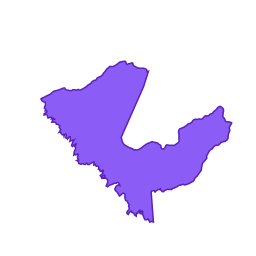 Juvenília, Minas Gerais, Brazil, rotated 215°
{"feature_id": "56859067B33554639840429", "entity_name": "Juvenília", "entity_type": "district", "adm_level": 2, "iso_a3": "BRA", "parent_name": "Brazil", "parent_adm1": "Minas Gerais", "projection": "equal_earth", "projection_center": [-44.1, -14.399], "detail": "fine", "context": "isolated", "style": "filled", "palette": "violet", "viewbox_px": 256, "rotation_deg": 215, "n_neighbors": 0, "source": "geoboundaries", "source_scale": "gbopen_adm2", "svg_char_len": 5220}
<svg xmlns="http://www.w3.org/2000/svg" viewBox="0 0 256 256"><g transform="rotate(215 128 128)"><path d="M132.8,78.5L131.7,78.7L130.8,79.5L129.0,78.7L128.6,77.3L127.4,77.8L126.7,76.8L125.6,76.7L124.7,77.8L124.4,79.1L123.4,78.7L123.7,77.0L122.5,76.4L123.1,74.6L123.4,73.0L122.2,72.8L121.0,72.1L121.1,74.4L120.1,76.0L119.0,75.2L119.7,72.4L117.6,74.0L115.9,74.2L114.4,73.2L113.4,71.5L112.7,68.0L111.0,68.1L110.2,70.8L108.9,72.4L107.3,75.1L105.9,76.1L105.3,77.5L104.0,77.8L101.6,76.2L103.3,75.8L103.9,74.8L104.3,72.6L103.7,70.4L102.5,69.5L99.6,69.1L97.5,68.1L96.0,67.4L95.4,68.9L94.9,71.6L93.3,72.2L91.9,71.2L90.9,69.5L88.6,67.4L86.6,67.5L84.3,66.2L83.1,66.0L82.8,64.4L80.9,63.0L80.4,61.4L80.8,59.6L80.5,58.3L79.8,57.3L78.2,57.3L78.4,60.2L77.5,61.8L76.6,61.1L75.6,61.4L73.7,61.2L72.3,60.4L70.6,60.5L71.5,61.8L72.3,63.1L71.0,63.6L71.6,65.4L71.1,67.5L70.3,67.0L70.1,65.6L69.0,64.8L67.9,65.4L69.3,66.7L68.8,68.2L67.4,67.5L66.7,65.6L64.1,64.2L62.8,63.2L61.4,62.6L59.9,63.6L59.4,65.0L57.9,64.4L56.2,63.4L55.0,65.1L53.2,65.5L72.1,88.6L72.5,89.9L71.2,91.2L70.2,91.8L69.1,91.1L68.7,93.1L68.2,94.5L67.2,95.6L66.7,96.7L66.0,95.8L64.7,95.9L63.4,95.5L62.5,96.1L62.2,97.5L61.5,99.0L60.7,100.2L59.3,101.1L57.9,102.0L56.9,102.7L56.9,104.1L55.7,105.2L54.9,107.0L54.1,107.9L53.7,109.8L52.4,111.2L51.4,112.2L50.7,113.5L49.1,113.8L48.2,114.5L47.5,115.6L46.7,116.8L45.9,117.6L45.5,119.0L44.8,120.1L44.1,121.8L43.9,123.4L44.4,124.9L44.2,126.7L43.8,128.1L43.8,129.7L43.8,131.2L43.9,132.6L43.7,133.8L43.7,135.2L44.4,136.6L45.3,138.4L46.2,140.5L46.8,142.1L46.5,143.7L46.3,145.3L46.3,146.8L46.0,148.2L46.8,149.2L47.7,150.5L47.8,152.5L48.0,153.7L48.1,155.1L48.1,156.6L47.7,158.0L47.0,159.4L47.1,161.0L46.8,162.5L46.5,163.8L45.2,164.8L44.1,165.9L43.7,168.0L43.4,169.7L42.5,170.9L41.8,171.8L40.8,172.6L40.4,174.0L40.0,175.1L40.0,176.4L40.6,177.8L41.2,178.6L41.9,179.8L42.5,181.4L42.8,183.1L43.1,184.3L44.0,185.1L45.0,186.1L45.6,187.3L45.6,189.5L46.0,191.7L47.5,191.5L48.5,191.0L49.8,190.4L51.1,189.5L52.2,189.6L53.1,190.2L54.3,191.1L55.8,191.3L57.1,191.9L57.8,193.4L58.6,194.8L59.2,196.1L59.8,197.3L61.1,198.4L62.4,198.7L63.4,198.7L64.8,198.7L66.0,197.2L66.3,195.0L66.4,193.0L66.9,191.9L67.2,190.7L67.2,188.6L68.1,187.3L68.7,186.4L69.0,184.5L70.1,183.1L71.3,182.8L72.1,181.3L72.2,179.4L72.5,177.8L73.4,176.9L74.6,176.5L75.5,175.6L76.4,174.6L78.0,173.7L78.9,172.4L79.1,171.2L79.1,169.3L79.6,167.7L80.8,166.3L81.4,164.5L81.9,162.8L82.5,161.2L83.3,159.7L84.2,158.3L85.1,157.0L85.1,155.0L84.0,153.3L82.5,152.0L81.6,150.6L80.7,149.1L79.7,148.0L78.5,146.6L78.4,144.9L78.9,143.7L79.4,142.2L80.0,140.5L80.8,139.9L81.8,139.3L82.7,138.5L83.7,137.9L84.9,137.2L85.9,136.8L86.8,136.2L86.8,134.7L86.5,133.3L86.7,131.3L88.0,130.4L89.1,130.5L90.0,131.4L90.9,132.3L92.0,132.6L93.1,132.4L94.2,132.5L95.2,132.7L96.1,132.3L97.4,131.8L99.0,131.1L100.5,130.6L101.4,129.1L102.2,127.7L103.1,126.6L103.8,124.9L104.5,123.1L105.1,121.4L105.5,119.7L106.0,118.3L106.5,117.3L107.4,115.8L108.4,114.9L109.5,114.4L110.2,113.6L111.2,113.5L112.5,113.6L113.9,113.2L115.4,112.7L116.7,112.5L118.8,112.4L120.3,112.3L121.7,112.1L123.0,112.7L123.9,113.0L124.8,113.7L125.9,114.4L126.7,115.3L127.8,116.0L128.5,117.4L128.6,119.0L129.0,120.2L139.0,170.9L143.8,186.2L144.6,185.1L145.6,186.1L146.9,186.6L148.4,186.3L149.8,185.8L150.7,185.0L151.6,184.5L152.4,183.9L153.5,183.2L155.0,182.6L156.0,182.6L157.1,182.5L158.1,182.4L159.0,182.1L160.2,182.8L161.4,183.9L162.4,183.5L163.1,182.1L164.4,181.0L165.1,179.6L166.1,179.5L167.0,180.4L168.2,181.0L169.3,180.7L170.2,179.7L171.4,178.4L172.3,177.6L172.9,176.6L173.1,175.1L173.8,173.3L174.4,171.5L175.4,170.1L176.1,169.1L177.2,168.7L178.3,167.9L178.6,166.1L179.2,164.2L179.2,162.4L179.3,160.6L179.5,158.9L179.4,157.2L179.6,155.7L180.0,154.5L181.0,153.2L181.9,151.4L181.8,149.9L182.0,148.4L183.2,147.5L184.0,145.4L184.0,143.6L184.6,142.0L185.3,140.5L185.7,138.7L186.2,137.1L186.7,136.0L187.2,134.8L187.9,133.4L188.6,131.9L189.7,131.2L190.9,131.1L191.8,129.4L193.0,129.1L194.0,128.5L195.1,127.7L195.9,126.1L197.1,125.1L198.3,124.9L199.5,124.1L200.7,123.8L201.9,124.1L202.9,124.5L204.1,123.3L206.2,120.0L207.6,118.2L209.8,115.7L210.3,114.4L211.1,111.0L213.6,106.7L214.2,105.1L215.2,104.0L216.0,101.9L214.8,101.2L213.8,100.9L212.2,100.9L210.9,101.7L208.8,99.7L208.6,97.7L207.8,96.3L206.3,96.3L205.8,94.4L204.2,95.4L203.6,94.1L204.9,91.8L204.3,90.5L202.6,92.3L201.7,92.2L200.4,91.2L199.2,90.3L198.0,92.0L196.6,93.0L196.0,91.4L194.5,93.3L193.2,93.2L194.3,91.4L193.7,89.0L192.6,90.0L191.3,90.9L190.3,90.9L188.9,90.0L187.2,91.0L186.0,90.6L185.1,90.6L184.8,89.1L183.5,88.5L182.2,88.4L182.0,84.9L181.2,86.0L179.5,85.1L177.9,84.7L176.9,85.8L175.7,84.6L176.0,86.3L175.5,87.4L174.0,86.2L173.7,84.1L172.1,84.5L171.1,84.1L171.3,87.0L170.3,87.7L169.7,86.6L168.6,85.5L168.0,83.7L167.0,85.4L166.1,86.4L165.4,87.5L165.3,85.4L164.2,81.2L162.9,81.0L162.5,83.1L161.4,85.2L160.9,84.0L161.4,82.4L160.4,82.1L159.4,81.8L158.4,77.7L156.9,74.7L156.4,76.0L155.4,76.0L154.3,77.9L153.2,77.6L153.1,76.2L152.7,75.1L151.7,74.3L150.1,73.5L151.4,72.0L149.6,72.1L148.1,70.7L147.0,70.9L145.6,71.4L144.5,73.0L143.1,73.1L142.1,73.6L141.8,75.4L140.3,75.0L138.9,75.6L138.5,77.2L137.9,78.4L136.4,80.5L134.7,78.0L133.7,79.5L132.8,78.5Z" fill="#8b5cf6" stroke="#5b21b6" stroke-width="1.5"/></g></svg>